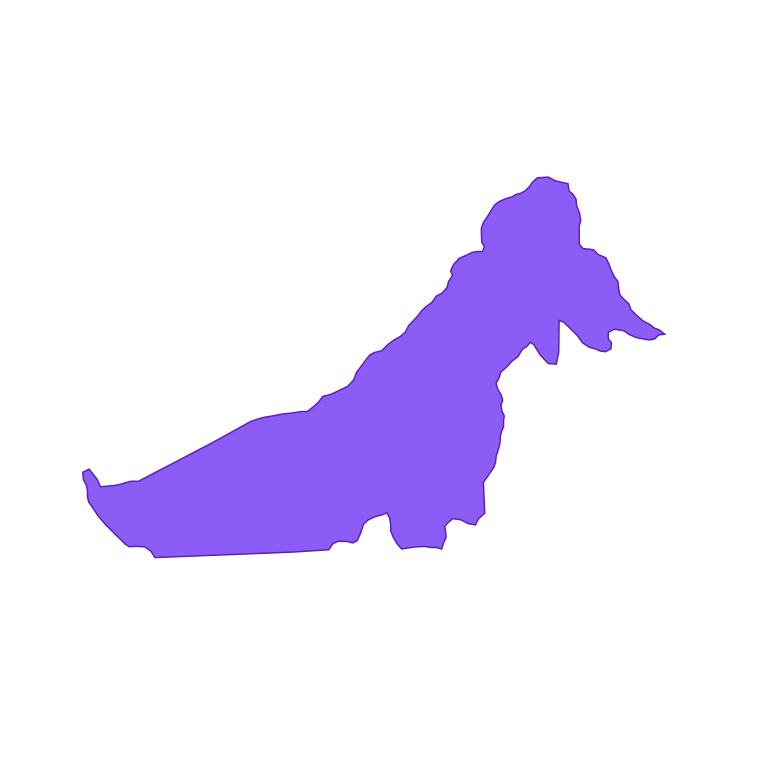 the district of Lajedo do Tabocal, Bahia, Brazil, rotated 28°
{"feature_id": "56859067B65059372475472", "entity_name": "Lajedo do Tabocal", "entity_type": "district", "adm_level": 2, "iso_a3": "BRA", "parent_name": "Brazil", "parent_adm1": "Bahia", "projection": "mercator", "projection_center": [-40.267, -13.448], "detail": "fine", "context": "isolated", "style": "filled", "palette": "violet", "viewbox_px": 768, "rotation_deg": 28, "n_neighbors": 0, "source": "geoboundaries", "source_scale": "gbopen_adm2", "svg_char_len": 2798}
<svg xmlns="http://www.w3.org/2000/svg" viewBox="0 0 768 768"><g transform="rotate(28 384 384)"><path d="M608.5,208.3L602.0,207.0L596.2,207.7L590.7,206.6L583.1,206.7L573.8,204.5L567.1,202.5L562.7,198.3L556.4,196.7L550.3,194.5L546.6,189.8L542.5,183.8L536.4,180.8L530.5,176.3L525.8,172.1L520.6,168.5L512.2,169.1L506.0,167.1L501.0,169.0L496.2,171.0L491.1,169.0L488.3,164.3L485.4,158.8L482.3,153.2L480.9,147.3L476.5,141.4L470.5,136.3L467.0,130.9L462.1,127.9L456.7,126.6L452.4,120.7L446.1,122.6L439.5,124.2L432.0,124.2L426.4,127.6L422.6,129.9L420.4,135.8L419.6,142.1L418.1,146.8L415.6,150.9L411.6,154.6L409.2,158.6L404.4,163.3L399.9,169.0L397.6,174.3L397.1,180.6L396.8,187.3L395.9,194.0L396.8,200.7L400.7,207.8L404.1,213.3L408.2,215.5L408.7,220.9L404.8,222.8L400.2,226.3L396.5,231.3L391.4,237.8L389.3,245.8L389.7,252.7L393.6,256.2L392.9,263.0L394.4,269.4L392.4,276.9L389.0,281.6L388.0,289.4L384.7,296.3L382.7,302.2L382.0,307.3L380.8,312.1L378.4,320.6L378.4,328.6L376.1,334.4L372.3,340.3L368.9,347.3L366.3,355.8L360.6,360.8L357.7,365.5L356.7,370.9L355.6,378.8L354.3,386.5L355.3,394.7L353.1,403.0L348.7,409.0L345.8,413.0L341.9,418.1L335.8,423.7L334.6,431.2L331.5,439.2L329.1,444.4L323.8,447.2L315.9,453.2L308.9,457.8L303.5,462.2L298.9,465.8L293.8,469.7L288.5,474.7L283.9,479.7L259.6,517.0L212.7,585.4L207.1,588.1L202.5,592.1L199.1,595.6L194.0,599.9L188.4,603.6L181.8,607.9L176.3,603.3L171.1,600.9L163.6,597.6L159.5,603.4L163.4,609.4L169.2,613.6L172.9,618.3L174.8,622.4L178.7,626.9L183.8,629.4L187.9,631.6L192.8,634.4L199.1,636.9L204.2,638.9L210.6,640.8L216.8,642.8L224.9,645.1L230.4,646.8L235.3,647.3L241.6,643.6L249.2,640.1L256.7,641.1L263.2,644.8L383.2,574.7L413.1,556.2L413.8,549.2L417.2,544.4L425.2,540.4L431.0,539.0L433.9,534.9L433.3,526.1L431.7,517.6L433.9,511.2L438.4,505.4L443.7,500.4L447.1,496.4L451.9,499.7L456.3,505.5L459.0,510.7L464.1,514.9L470.5,518.9L477.0,521.4L481.6,517.9L488.4,513.0L496.1,508.4L502.4,506.2L506.8,503.9L512.4,502.6L511.2,497.0L510.8,490.2L507.8,485.5L504.6,481.4L505.4,477.0L507.8,470.7L515.3,467.9L523.8,467.7L530.9,465.5L530.7,458.7L533.6,450.7L518.0,424.3L520.1,405.8L519.2,400.7L516.7,394.5L515.6,387.8L514.1,381.8L511.2,375.1L510.0,370.3L509.5,365.3L506.8,360.4L505.2,355.8L501.2,352.8L497.3,348.1L496.4,342.6L492.5,338.6L487.2,335.4L482.8,331.1L482.6,324.1L481.6,318.6L484.5,310.8L486.0,304.4L489.4,297.1L489.9,288.5L492.5,283.7L493.5,278.6L497.9,278.9L502.7,281.8L508.0,284.9L512.9,286.6L519.5,288.8L526.8,285.6L523.4,274.0L508.8,245.7L513.6,245.0L518.4,246.4L524.6,248.2L531.8,250.4L539.8,254.4L548.1,255.2L554.4,253.7L559.3,253.4L564.4,251.5L567.8,246.4L565.4,240.7L560.9,238.9L557.8,233.2L561.5,227.5L570.8,224.4L577.8,225.2L585.1,224.5L592.4,222.3L597.5,220.6L601.8,217.1L603.5,211.7L608.5,208.3Z" fill="#8b5cf6" stroke="#5b21b6" stroke-width="1.5"/></g></svg>